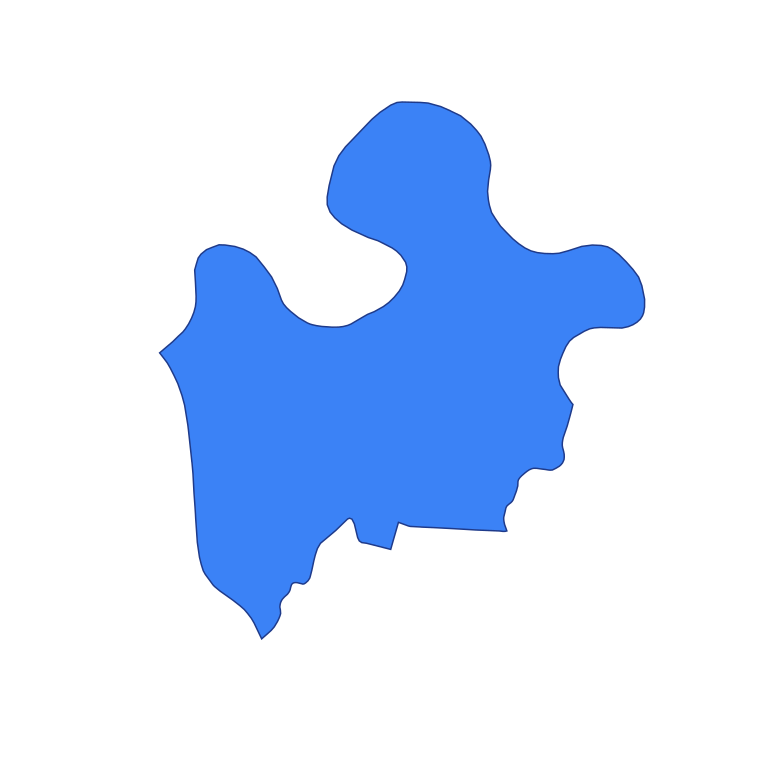 the district of Quan 2, Hồ Chí Minh city, Vietnam, rotated 109°
{"feature_id": "81297802B76466747653960", "entity_name": "Quan 2", "entity_type": "district", "adm_level": 2, "iso_a3": "VNM", "parent_name": "Vietnam", "parent_adm1": "Hồ Chí Minh city", "projection": "orthographic", "projection_center": [106.758, 10.78], "detail": "fine", "context": "isolated", "style": "filled", "palette": "blue", "viewbox_px": 768, "rotation_deg": 109, "n_neighbors": 0, "source": "geoboundaries", "source_scale": "gbopen_adm2", "svg_char_len": 3951}
<svg xmlns="http://www.w3.org/2000/svg" viewBox="0 0 768 768"><g transform="rotate(109 384 384)"><path d="M145.3,353.6L142.5,354.3L138.9,355.9L138.6,356.1L133.4,359.4L124.4,366.6L118.1,373.0L114.1,379.0L110.0,386.6L105.5,398.8L104.2,409.8L104.1,410.1L103.2,420.7L104.0,433.7L104.7,436.5L106.0,441.5L111.5,458.7L113.6,463.4L118.1,468.4L128.4,476.2L133.7,479.3L137.1,481.3L139.1,482.3L170.1,496.6L172.2,497.6L182.8,501.0L194.1,502.3L214.1,500.5L225.7,498.6L233.0,496.0L239.0,490.9L242.9,484.6L246.3,476.2L248.9,464.5L250.6,446.6L250.5,436.4L251.4,429.6L252.7,420.6L254.2,415.4L256.8,409.9L261.9,403.2L265.9,400.5L270.5,399.1L278.4,398.5L284.3,398.5L291.1,399.8L298.7,402.6L302.3,404.4L305.3,405.9L311.0,409.8L318.8,416.8L323.5,422.2L327.5,425.7L332.5,430.0L338.0,434.7L340.4,437.4L343.0,441.4L345.0,445.5L347.2,451.7L348.2,455.5L349.8,461.4L350.8,466.7L351.3,471.1L351.4,473.6L351.2,476.4L350.3,481.0L349.2,486.4L345.8,495.9L343.5,501.0L341.0,505.1L338.0,508.3L328.4,516.0L319.4,525.1L312.5,535.1L305.5,546.3L303.3,553.8L302.3,561.0L302.5,569.7L304.3,579.4L304.7,580.8L304.9,581.3L306.1,585.3L310.7,590.9L314.8,595.6L320.8,599.3L325.4,600.7L331.4,600.5L337.9,600.1L349.7,595.2L362.3,590.2L367.6,588.5L372.3,587.5L378.2,587.1L384.4,587.4L390.8,588.3L396.7,589.8L400.3,591.1L405.5,593.9L412.7,597.5L427.6,606.3L431.6,600.2L434.6,595.8L438.6,591.2L444.4,585.2L450.7,579.1L460.7,571.2L469.0,565.6L486.5,556.2L490.6,554.2L511.2,544.5L520.2,540.3L520.5,540.1L530.8,535.5L549.3,528.0L561.7,522.7L568.4,519.9L572.4,518.3L594.6,508.9L608.0,502.0L610.6,500.3L614.0,498.1L619.4,494.1L622.1,491.1L626.8,484.3L629.6,480.3L630.6,478.4L633.1,471.8L637.5,456.8L640.6,447.8L642.7,442.7L645.3,438.3L648.7,433.2L652.2,429.1L664.8,416.7L657.6,412.6L653.6,410.4L649.4,408.7L643.4,407.4L639.8,407.0L637.2,406.9L634.7,407.0L631.4,408.4L628.8,409.9L626.4,410.4L624.3,410.6L622.2,410.4L620.5,410.0L617.7,408.8L614.1,406.8L611.5,406.0L610.0,405.8L608.7,405.8L607.1,406.0L605.7,406.1L603.7,406.1L602.5,405.6L601.5,404.8L600.7,403.4L600.1,401.5L599.7,397.2L599.6,395.6L599.0,394.5L597.7,393.4L594.8,391.8L591.6,391.0L589.6,391.1L583.6,391.6L573.9,392.8L568.1,393.3L561.2,393.4L555.3,392.2L538.3,382.0L523.5,374.5L522.1,372.9L522.2,370.3L525.9,366.5L537.8,358.9L540.4,356.3L541.2,353.4L540.3,348.9L538.2,323.8L529.4,324.3L510.1,325.3L510.2,319.3L510.3,314.8L510.1,312.7L509.6,311.0L507.2,302.6L507.2,302.4L503.4,289.6L499.2,274.9L495.0,260.0L492.2,249.9L486.2,229.8L485.4,227.1L484.6,223.4L483.8,221.3L482.9,220.0L477.5,224.3L474.6,226.0L472.6,226.9L471.0,227.4L469.1,227.6L465.7,227.9L463.1,228.2L461.4,228.4L459.4,228.1L457.5,227.1L454.7,225.3L453.1,224.6L451.4,224.2L448.1,224.1L446.0,224.1L443.7,224.0L441.4,224.0L439.0,224.2L436.9,224.3L434.2,225.1L432.6,225.6L431.0,225.7L430.3,225.6L428.4,225.1L426.0,224.0L422.4,221.9L419.9,220.3L417.8,218.7L415.9,216.6L414.9,214.9L414.0,212.1L413.1,207.4L412.3,203.7L411.8,200.7L411.4,199.0L410.5,196.8L407.7,194.0L404.6,191.4L402.6,190.3L400.4,189.5L398.4,189.3L396.7,189.2L394.3,189.8L391.7,190.8L389.1,192.3L386.0,194.4L383.9,195.5L381.3,196.3L378.6,196.8L376.9,197.0L376.5,197.1L374.2,197.1L373.7,197.1L364.1,197.1L355.5,197.6L351.0,197.9L346.0,198.3L341.8,198.7L341.3,199.7L340.0,201.6L338.2,204.0L327.6,217.1L323.8,219.5L321.3,221.1L316.2,223.1L310.8,224.7L303.2,225.2L296.8,224.9L289.4,224.2L283.1,222.6L278.2,219.8L268.8,211.7L264.8,207.4L262.5,203.5L260.0,197.6L253.6,177.2L250.3,171.8L246.9,167.9L243.2,164.9L239.1,162.7L235.3,161.8L232.1,161.7L226.4,162.7L219.0,165.2L207.1,172.2L200.0,178.1L194.7,185.8L189.8,194.5L185.1,204.0L182.3,212.3L181.6,216.9L181.5,217.1L182.3,223.8L184.8,232.3L189.5,241.8L197.9,253.0L203.3,260.9L205.8,266.7L208.3,274.6L208.9,277.4L209.9,282.1L209.9,282.5L210.3,288.4L209.5,295.0L207.5,302.4L204.8,309.5L200.8,317.6L196.8,325.3L191.2,332.8L186.9,338.1L180.9,342.4L177.3,344.5L175.4,345.5L168.2,348.8L157.0,351.5L146.3,353.3L145.3,353.6Z" fill="#3b82f6" stroke="#1e3a8a" stroke-width="1.5"/></g></svg>